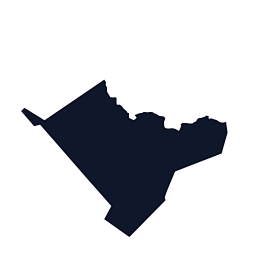 outline of Arraial, Piauí, Brazil, rotated 229°
{"feature_id": "56859067B29996429726150", "entity_name": "Arraial", "entity_type": "district", "adm_level": 2, "iso_a3": "BRA", "parent_name": "Brazil", "parent_adm1": "Piauí", "projection": "albers", "projection_center": [-42.507, -6.65], "detail": "fine", "context": "isolated", "style": "filled", "palette": "ink", "viewbox_px": 256, "rotation_deg": 229, "n_neighbors": 0, "source": "geoboundaries", "source_scale": "gbopen_adm2", "svg_char_len": 1432}
<svg xmlns="http://www.w3.org/2000/svg" viewBox="0 0 256 256"><g transform="rotate(229 128 128)"><path d="M45.6,58.1L49.6,108.4L52.0,109.5L55.9,116.3L65.1,135.0L60.4,148.1L57.4,156.4L48.2,181.9L59.8,199.6L68.0,204.9L68.7,203.3L70.0,201.8L71.9,200.4L73.6,200.0L75.7,199.3L77.2,198.3L78.6,197.5L80.3,196.4L80.8,194.4L82.9,194.5L84.1,195.7L85.3,194.8L85.4,192.9L86.5,190.8L86.9,189.4L88.4,187.5L88.3,185.6L87.4,183.8L88.3,181.6L88.5,179.0L90.1,177.4L91.0,176.3L92.4,175.3L93.8,173.7L95.3,172.2L95.4,170.6L93.9,169.9L93.3,168.5L92.2,166.3L91.3,163.9L93.4,163.3L95.9,162.4L97.2,161.6L98.7,160.2L100.1,158.1L101.9,156.2L103.9,155.2L106.0,155.9L108.5,157.8L109.9,159.2L111.2,161.7L112.7,161.9L114.0,160.9L115.0,159.9L116.5,158.7L118.2,158.3L120.5,157.5L121.6,156.6L123.4,156.3L125.1,154.7L126.2,152.8L127.8,151.3L129.1,150.0L129.4,148.2L130.8,146.2L132.4,142.2L130.6,142.2L129.2,141.5L129.2,139.1L129.5,136.9L132.1,135.8L135.0,134.5L136.8,135.9L138.6,137.5L140.2,136.7L141.6,137.3L143.2,136.9L146.1,136.7L148.5,136.9L150.6,136.4L151.7,134.9L153.2,134.0L156.0,136.0L157.0,137.1L158.7,138.3L159.7,137.1L160.7,135.7L161.7,134.8L163.0,134.0L164.9,134.5L167.0,134.8L168.3,135.1L170.0,135.6L171.3,136.9L173.0,138.2L175.4,138.5L176.4,139.8L177.7,140.8L179.4,141.0L187.9,69.5L210.4,62.5L210.2,59.2L191.4,59.1L188.7,64.6L130.3,64.7L114.1,64.7L107.0,64.8L79.5,65.0L74.3,51.1L45.6,58.1Z" fill="#0f172a" stroke="#020617" stroke-width="1.5"/></g></svg>